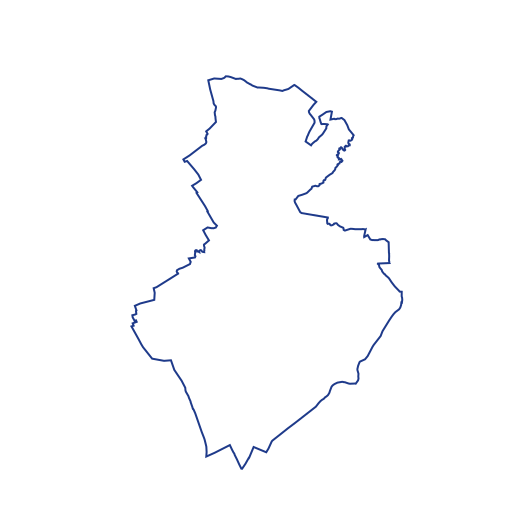 outline of Salard, Bihor, Romania, rotated 329°
{"feature_id": "2599482B49105030234410", "entity_name": "Salard", "entity_type": "district", "adm_level": 2, "iso_a3": "ROU", "parent_name": "Romania", "parent_adm1": "Bihor", "projection": "mercator", "projection_center": [22.046, 47.233], "detail": "fine", "context": "isolated", "style": "outline", "palette": "blue", "viewbox_px": 512, "rotation_deg": 329, "n_neighbors": 0, "source": "geoboundaries", "source_scale": "gbopen_adm2", "svg_char_len": 6139}
<svg xmlns="http://www.w3.org/2000/svg" viewBox="0 0 512 512"><g transform="rotate(329 256 256)"><path d="M357.3,370.8L358.8,368.9L359.7,367.1L360.1,365.6L362.5,361.7L360.8,360.5L360.7,359.6L359.3,353.5L359.0,351.0L358.7,348.3L358.5,343.6L358.2,342.4L357.4,340.0L357.1,339.3L357.2,338.4L356.8,337.6L356.6,337.3L356.5,336.6L356.2,334.3L356.6,332.6L356.2,330.4L356.1,328.9L356.8,327.1L356.4,325.5L356.7,325.3L366.6,330.7L366.6,330.4L366.8,330.4L367.4,329.3L367.5,328.9L367.8,328.2L369.9,325.0L371.2,322.7L371.5,322.3L371.5,321.9L376.8,312.5L375.6,309.6L375.3,308.2L373.4,306.7L372.6,306.5L372.0,306.0L370.8,305.8L370.3,305.3L369.2,305.3L368.5,305.1L363.8,302.2L362.5,300.7L362.5,295.6L358.5,295.5L358.9,294.7L363.7,289.6L363.0,289.5L362.6,288.8L361.4,287.9L359.9,287.2L354.8,284.1L352.5,282.3L350.9,281.3L345.3,280.0L344.9,279.4L344.6,278.8L345.3,277.2L345.3,276.7L343.2,273.8L342.2,271.4L342.1,270.3L342.0,269.7L341.6,269.2L340.4,268.7L339.5,268.5L339.1,268.9L338.1,268.9L336.7,268.7L335.9,268.2L335.7,267.8L335.6,267.4L335.7,266.8L335.4,266.1L334.4,265.5L334.1,265.5L334.0,265.3L333.9,264.8L335.3,261.9L335.8,261.2L337.0,260.6L337.4,260.0L317.2,242.7L316.5,241.2L316.9,233.6L317.0,230.3L317.4,228.7L318.3,227.5L319.1,227.9L323.2,226.3L327.2,227.3L331.3,228.1L332.4,228.1L336.6,227.1L338.2,226.9L339.7,225.6L340.0,225.5L342.0,226.1L343.0,226.3L344.1,227.5L345.1,228.2L345.6,228.3L347.1,227.9L347.5,227.1L347.9,227.1L349.2,227.6L351.3,227.8L351.6,227.8L352.3,226.6L352.7,226.2L353.4,226.0L354.1,226.4L354.4,226.4L354.8,226.2L355.9,225.1L356.5,224.8L361.0,224.3L363.7,224.3L364.2,224.3L365.7,223.5L367.3,223.1L368.5,222.5L369.4,221.4L371.2,221.0L372.9,220.3L372.9,219.6L373.2,219.4L375.2,219.7L376.0,218.9L376.6,218.6L377.1,218.7L377.3,219.0L377.7,219.4L379.1,218.9L379.0,218.0L379.1,217.4L378.9,216.6L377.8,216.6L376.8,216.0L377.6,215.2L377.6,214.9L376.8,213.8L376.8,213.3L377.7,212.5L377.2,211.9L377.1,211.6L377.1,211.4L377.3,211.1L379.3,211.0L380.1,210.5L380.0,210.0L379.7,209.5L379.7,209.0L380.1,208.6L381.4,208.1L382.6,207.9L382.5,207.3L382.6,207.0L382.8,206.7L383.0,206.7L383.8,207.0L384.9,206.6L385.3,207.4L385.2,209.4L385.9,211.1L386.7,211.2L387.1,211.0L387.3,209.5L387.9,208.8L388.3,208.1L388.9,208.1L389.6,207.7L389.9,207.8L390.0,208.0L389.8,208.6L391.4,209.3L392.3,209.0L393.3,209.4L393.8,208.6L393.2,207.2L393.6,206.2L395.0,204.7L395.4,204.8L396.3,205.8L397.1,205.9L398.4,205.7L398.9,204.4L399.2,204.3L400.0,204.5L401.5,202.8L401.9,202.7L400.8,195.3L401.6,190.9L401.8,185.0L400.5,181.8L400.2,181.6L398.3,181.3L396.6,180.2L395.6,180.1L394.5,179.6L394.1,179.3L393.9,178.8L393.4,178.5L390.1,177.4L395.4,171.4L394.3,170.2L390.5,168.8L385.7,169.1L382.0,169.2L381.3,170.5L381.2,171.4L380.4,174.3L380.0,176.5L380.2,176.8L381.7,177.5L383.2,178.5L385.2,180.0L385.3,180.2L383.4,181.0L382.8,181.5L382.0,182.8L376.1,185.7L374.8,186.1L371.1,186.7L369.1,187.7L367.1,188.2L365.7,188.1L363.0,188.5L361.4,188.9L360.2,189.5L357.5,183.4L361.5,179.9L362.5,179.4L363.6,178.5L365.9,176.9L374.7,172.0L375.2,171.4L376.0,169.8L376.2,168.6L375.6,163.4L375.3,161.7L375.5,160.0L376.0,158.9L383.3,156.0L387.1,154.9L380.7,138.3L379.0,133.6L377.2,129.5L376.9,129.1L369.8,129.5L367.4,128.9L365.6,128.4L363.6,128.1L361.7,126.3L353.0,119.1L352.1,118.1L349.4,115.9L345.2,113.0L344.1,112.4L340.8,108.2L340.0,106.7L339.8,106.0L339.2,105.5L338.6,104.2L337.7,102.8L337.0,100.8L336.4,99.3L335.4,97.6L334.0,95.8L332.1,95.0L330.6,94.1L330.0,94.0L326.5,89.6L324.7,87.8L322.6,86.4L320.9,86.9L320.1,86.9L317.5,86.4L311.6,82.3L305.6,80.8L302.5,89.7L299.3,101.2L298.3,103.4L298.2,104.8L298.7,107.1L298.2,108.1L296.1,110.4L294.6,111.5L293.4,114.1L293.0,115.6L292.1,117.3L290.7,120.5L281.8,122.9L277.5,123.5L277.4,126.4L276.8,126.7L275.8,126.8L274.9,127.9L274.4,128.2L274.1,129.2L273.4,129.8L273.1,129.5L273.0,130.2L272.2,132.6L271.7,133.2L270.9,133.7L269.8,133.9L268.8,134.0L266.7,133.8L250.9,135.6L243.5,135.8L243.4,138.5L245.9,139.1L247.7,149.9L248.5,156.5L248.1,162.4L242.4,162.9L237.4,162.9L237.5,164.4L238.5,171.2L237.5,171.3L238.0,187.0L237.8,192.1L237.8,192.7L237.2,192.8L237.0,205.5L238.1,209.9L236.2,210.9L234.0,210.4L232.1,209.2L229.2,206.6L224.0,206.7L223.7,211.9L223.7,218.4L218.7,219.3L217.7,219.3L217.2,219.5L216.7,220.5L216.2,222.5L215.1,223.6L214.7,224.5L213.9,225.3L213.6,226.0L212.5,225.1L212.1,224.5L212.0,223.1L211.7,222.5L211.2,222.3L210.0,222.4L209.6,223.0L209.4,223.5L208.7,222.2L207.9,221.9L208.2,220.6L207.8,220.2L207.3,220.0L206.7,220.1L206.2,220.5L205.6,221.8L204.0,223.8L204.0,225.0L202.9,225.8L197.2,223.5L197.0,227.4L195.2,228.9L187.1,228.3L183.8,227.5L181.0,227.5L180.1,228.3L179.9,229.5L180.3,230.8L180.2,231.0L154.7,231.5L151.7,230.9L150.2,235.4L146.2,241.2L132.4,237.1L126.5,236.3L125.5,241.1L124.8,241.3L123.6,244.0L122.3,243.9L119.5,243.1L118.7,245.1L118.6,248.1L118.5,249.1L119.2,249.1L120.0,249.4L119.8,250.1L119.9,250.5L119.8,251.0L115.6,250.2L115.2,252.7L113.0,252.2L112.5,267.0L112.2,272.5L112.2,276.0L114.1,290.5L123.2,298.5L129.4,301.6L127.3,311.6L128.0,324.6L127.5,332.5L126.4,334.7L126.0,336.1L125.9,341.4L125.5,342.9L125.0,347.0L124.7,347.6L123.6,353.0L123.4,353.4L123.2,354.7L123.4,354.8L123.4,355.7L122.9,359.5L118.9,378.6L117.8,385.0L117.4,386.9L115.7,392.4L115.2,393.9L112.7,398.6L110.1,402.3L119.3,403.4L136.2,404.6L135.7,409.6L135.5,412.9L135.6,413.6L135.6,414.4L135.3,415.4L134.9,420.6L134.3,425.8L133.9,430.7L134.5,431.2L139.9,428.7L145.7,425.4L145.8,425.6L146.5,425.2L155.6,418.5L163.7,429.5L167.5,427.5L173.9,423.1L174.9,422.7L194.9,420.1L203.5,419.2L229.7,416.0L233.8,414.4L236.5,413.6L238.4,413.3L240.6,413.3L242.5,412.7L243.7,412.7L245.7,412.4L246.5,412.1L248.5,411.0L249.8,409.8L253.4,407.0L254.7,406.5L255.9,406.3L257.4,406.2L260.6,406.5L265.0,408.2L265.8,408.8L266.3,409.4L267.1,409.9L269.1,412.3L270.2,413.5L271.3,414.2L275.0,416.2L275.7,416.8L279.4,415.2L280.7,413.9L281.6,412.0L283.2,409.7L284.2,406.0L284.7,405.1L287.0,402.7L290.1,400.3L290.9,400.1L296.3,400.7L300.2,399.3L309.2,393.8L311.2,392.8L321.6,388.8L325.6,385.7L326.5,385.2L337.0,379.8L341.0,377.9L343.9,376.7L346.5,375.9L351.2,375.4L353.1,374.5L355.2,372.7L356.9,370.4L357.1,370.3L357.3,370.8Z" fill="none" stroke="#1e3a8a" stroke-width="2"/></g></svg>